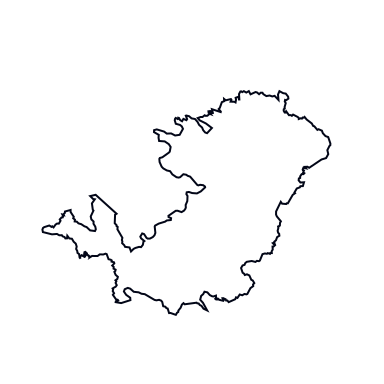 the district of Xicotlán, Puebla, Mexico, rotated 304°
{"feature_id": "50627088B38416403293523", "entity_name": "Xicotlán", "entity_type": "district", "adm_level": 2, "iso_a3": "MEX", "parent_name": "Mexico", "parent_adm1": "Puebla", "projection": "robinson", "projection_center": [-98.627, 18.113], "detail": "fine", "context": "isolated", "style": "outline", "palette": "ink", "viewbox_px": 384, "rotation_deg": 304, "n_neighbors": 0, "source": "geoboundaries", "source_scale": "gbopen_adm2", "svg_char_len": 6012}
<svg xmlns="http://www.w3.org/2000/svg" viewBox="0 0 384 384"><g transform="rotate(304 192 192)"><path d="M309.6,279.6L313.7,274.2L313.0,271.4L313.9,267.6L315.5,265.4L314.8,261.8L313.6,261.2L314.9,256.6L314.5,255.6L315.8,253.0L316.2,246.5L317.2,243.3L316.1,243.1L315.6,242.1L314.3,242.1L313.9,240.9L312.2,239.7L313.1,239.0L313.3,237.7L312.7,232.5L311.0,232.2L311.0,231.0L309.9,229.4L311.6,224.9L310.2,225.2L309.7,224.4L310.6,222.6L311.9,221.8L313.3,222.1L314.1,221.3L318.1,220.0L318.9,218.3L320.4,217.7L320.7,218.7L323.3,219.7L324.8,218.4L326.0,214.7L324.9,212.3L324.5,208.1L320.9,208.8L316.7,212.2L317.9,206.7L316.1,205.1L315.4,202.4L313.1,200.0L313.0,196.4L313.7,194.9L312.8,193.5L310.6,192.9L310.9,190.3L310.4,188.8L305.7,185.9L307.4,182.7L304.8,181.4L304.6,178.6L302.9,177.8L302.9,176.4L302.3,175.9L299.5,176.2L295.2,179.5L295.0,179.2L296.1,178.3L296.5,176.9L294.5,175.5L293.1,176.9L290.6,178.0L290.5,176.7L288.5,173.5L290.4,173.2L290.8,172.3L286.9,168.7L287.1,166.5L285.3,167.9L283.2,166.5L277.3,168.0L275.7,167.7L274.8,170.9L274.3,171.1L271.8,162.2L269.2,165.1L268.7,164.6L269.4,163.9L269.4,162.0L268.1,160.5L267.2,161.3L267.8,161.9L267.0,164.1L266.7,162.9L263.8,162.1L262.7,160.6L262.7,159.6L260.1,158.8L259.0,157.2L256.5,155.4L255.7,158.3L256.6,165.2L256.2,172.7L249.2,171.6L248.7,169.6L249.5,166.7L251.1,164.3L251.6,160.4L253.2,157.4L254.2,153.7L252.8,150.5L253.2,147.2L252.2,144.5L251.8,144.2L249.7,147.2L248.4,147.2L247.8,144.0L245.1,144.2L245.0,142.0L246.1,139.7L245.9,139.2L245.2,139.8L244.5,139.5L244.3,137.1L243.3,137.0L241.8,137.6L239.5,140.4L240.9,144.6L240.7,146.8L239.3,149.2L232.5,149.8L229.4,146.4L228.9,142.0L226.3,138.4L226.5,135.1L224.2,127.8L222.1,126.0L220.4,127.0L220.8,132.5L218.3,133.9L215.9,136.2L218.7,141.1L218.7,146.0L217.4,149.1L213.0,151.0L211.7,150.8L204.2,148.0L202.2,146.3L201.2,146.4L198.7,148.4L196.0,152.7L195.5,155.0L195.8,159.1L197.0,162.2L195.6,165.9L195.6,170.9L196.5,172.9L197.7,173.9L201.9,174.9L203.1,177.6L203.0,179.3L203.7,181.9L200.8,192.4L201.0,193.5L202.5,194.7L203.9,197.5L203.8,199.7L203.2,200.3L197.5,199.0L193.6,196.9L191.2,192.7L190.3,189.4L188.8,187.8L187.1,188.5L186.2,190.5L181.8,193.2L177.7,194.0L175.6,195.6L174.2,195.9L172.1,195.8L169.5,194.6L168.4,190.5L167.3,189.0L159.1,185.8L158.1,186.6L158.6,189.3L156.9,190.1L154.3,187.0L152.4,186.3L147.2,182.1L143.5,180.2L142.5,180.4L137.6,184.5L135.1,185.1L132.7,184.7L129.9,183.2L128.6,181.4L128.5,180.0L130.3,175.8L129.8,173.9L126.1,174.1L125.1,175.7L124.7,179.9L123.7,179.5L120.8,180.8L117.8,180.6L116.9,178.8L114.0,176.4L112.2,175.4L108.6,174.7L111.1,171.2L109.1,167.2L110.0,165.6L110.5,162.7L112.1,161.9L113.0,160.7L115.1,159.9L119.4,151.0L121.5,149.9L121.5,148.6L122.3,148.0L122.9,145.4L130.2,140.9L131.8,141.6L135.8,113.7L131.7,109.9L130.9,113.9L131.6,115.5L126.6,115.4L121.8,119.7L121.5,120.7L115.1,121.7L113.0,123.9L112.5,126.9L110.6,128.1L109.2,131.2L107.3,133.1L105.4,133.4L103.2,129.0L104.0,124.2L103.4,122.0L103.4,118.2L102.5,115.4L103.0,113.1L102.0,111.2L103.6,110.4L103.8,108.2L105.3,107.9L107.5,102.6L109.2,101.4L104.8,97.6L103.4,98.3L101.7,97.8L101.2,98.6L100.8,97.2L99.8,98.8L98.6,99.0L98.0,98.1L95.3,97.7L94.6,99.1L91.3,99.3L90.4,97.8L88.7,97.1L85.2,97.0L85.4,95.3L84.5,95.0L84.4,92.4L80.2,89.1L78.9,88.6L77.2,89.0L75.4,90.8L78.6,99.6L81.7,103.5L81.9,106.1L83.4,108.3L82.9,109.5L83.4,111.5L82.7,113.0L83.7,114.3L86.0,113.1L84.9,116.3L86.1,118.6L84.6,121.7L84.2,124.5L82.3,126.9L80.0,127.8L78.9,129.9L77.5,131.1L77.4,133.1L74.8,135.5L74.4,136.8L75.4,135.5L77.8,135.7L78.1,139.2L78.6,139.4L79.4,139.3L79.8,137.7L81.9,136.5L82.7,137.0L82.5,138.3L81.0,137.7L81.9,139.5L81.1,139.9L81.6,141.4L80.9,142.3L81.4,142.6L81.4,143.8L80.8,143.9L83.1,144.9L86.1,149.5L88.7,150.4L90.6,153.4L92.5,154.8L92.8,156.0L89.6,160.4L90.4,162.5L90.4,163.7L89.3,164.2L90.1,166.7L89.4,167.5L86.4,167.0L86.1,169.0L84.6,169.8L84.9,172.1L83.7,172.6L82.4,172.3L80.6,175.0L80.2,178.0L78.1,178.7L76.0,177.9L75.7,179.2L73.9,179.5L72.7,181.7L70.9,181.7L67.6,180.1L67.0,181.2L65.5,181.7L64.5,184.0L62.5,183.9L60.5,189.1L61.1,190.7L60.8,191.4L58.7,190.0L58.0,190.3L60.3,195.4L67.9,201.4L69.8,199.9L69.9,195.0L71.4,191.2L73.8,190.6L76.6,192.4L77.3,194.8L76.7,199.5L79.0,203.9L79.4,207.0L80.9,210.0L81.6,221.3L82.3,223.1L84.2,225.0L84.7,227.2L84.2,228.8L81.2,232.0L82.0,234.1L81.4,235.7L81.8,237.0L78.8,240.7L79.7,241.9L81.1,247.3L83.5,247.1L84.8,247.7L86.1,247.0L89.7,247.3L93.0,246.6L95.1,247.1L94.8,248.7L102.8,257.7L102.6,258.5L103.3,259.9L102.7,261.5L102.9,263.6L101.7,266.8L102.3,270.8L106.3,263.0L107.3,259.0L111.0,257.7L113.6,258.4L116.3,258.1L117.4,260.9L116.5,264.4L116.8,267.0L117.4,268.2L119.5,269.8L117.7,271.1L116.5,271.0L116.4,272.1L117.2,273.3L117.7,272.5L118.1,272.9L117.9,275.0L119.3,278.8L120.1,278.8L121.0,276.7L121.4,277.1L121.9,279.9L121.1,281.0L121.8,282.0L121.2,284.0L127.3,287.8L129.3,287.4L129.6,288.9L133.7,288.9L134.5,291.4L136.8,292.5L137.6,294.4L138.4,294.9L145.0,294.2L148.2,295.4L149.5,294.3L151.3,294.6L152.6,291.9L152.4,290.2L154.9,286.2L154.5,283.6L152.7,282.2L153.4,280.9L153.4,279.1L156.4,275.2L159.4,275.0L161.0,276.3L162.7,275.9L164.7,276.4L168.2,280.1L169.5,283.7L171.2,284.3L172.1,286.2L173.1,286.6L179.9,285.2L181.8,286.8L182.7,288.7L183.7,289.0L184.3,291.2L185.1,291.0L186.0,292.3L187.3,291.2L189.4,291.1L191.8,289.3L192.4,290.1L194.5,290.6L195.0,289.8L194.5,288.9L194.8,287.6L196.2,288.6L196.8,288.0L198.9,288.6L202.2,287.8L204.6,288.9L206.1,287.6L206.4,286.2L207.7,284.7L210.5,283.7L212.1,282.1L211.8,283.1L213.3,283.6L215.7,282.2L217.4,282.1L219.2,276.0L220.3,274.3L222.9,272.6L233.5,271.1L232.7,273.2L234.7,276.8L235.5,276.8L236.2,277.8L246.0,277.1L248.6,278.1L248.8,277.2L253.5,276.9L256.2,278.8L257.4,278.6L258.9,280.6L262.7,279.4L260.5,276.6L261.3,273.9L263.0,273.0L264.1,273.8L265.5,272.9L268.1,272.9L269.1,274.4L270.4,274.6L270.4,273.2L272.4,272.8L272.1,271.7L272.5,271.2L274.4,270.8L275.4,273.3L276.0,271.6L277.5,273.6L277.6,275.6L291.4,281.2L295.1,284.2L299.6,283.8L302.4,280.8L307.1,280.2L308.1,280.5L309.6,279.6Z" fill="none" stroke="#020617" stroke-width="2"/></g></svg>